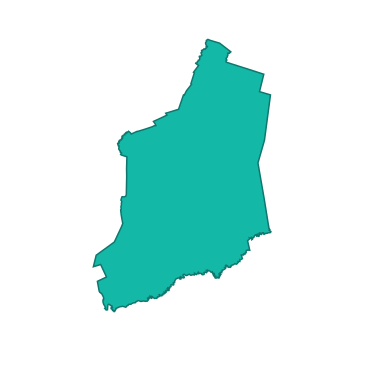 Tormac, Timis, Romania (Mercator projection), rotated 118°
{"feature_id": "2599482B36761723771512", "entity_name": "Tormac", "entity_type": "district", "adm_level": 2, "iso_a3": "ROU", "parent_name": "Romania", "parent_adm1": "Timis", "projection": "mercator", "projection_center": [21.482, 45.522], "detail": "fine", "context": "isolated", "style": "filled", "palette": "teal", "viewbox_px": 384, "rotation_deg": 118, "n_neighbors": 0, "source": "geoboundaries", "source_scale": "gbopen_adm2", "svg_char_len": 6098}
<svg xmlns="http://www.w3.org/2000/svg" viewBox="0 0 384 384"><g transform="rotate(118 192 192)"><path d="M304.3,244.0L298.9,238.6L307.2,227.6L315.3,233.6L322.8,227.7L323.6,226.8L323.9,226.1L323.8,225.5L324.2,224.7L324.1,224.1L326.3,220.9L327.6,219.9L328.6,220.0L328.8,219.5L329.4,219.7L330.2,219.4L331.3,218.6L332.6,217.3L334.1,214.8L334.8,214.2L335.7,214.4L335.7,214.0L336.4,213.1L336.3,212.0L335.7,211.3L334.5,211.8L334.3,212.3L333.6,212.2L331.6,213.2L330.5,213.1L330.1,212.7L330.2,212.3L330.0,211.6L330.4,211.1L330.3,210.0L330.4,209.7L330.2,209.3L330.4,209.0L331.4,209.1L331.2,208.4L331.3,208.1L332.6,208.8L333.0,208.7L333.1,208.4L332.9,207.6L333.0,207.2L333.3,207.1L333.2,206.7L333.9,206.4L333.5,205.5L334.2,204.8L334.0,204.4L333.8,204.2L333.0,204.3L331.6,204.1L330.6,204.6L330.1,203.9L329.0,203.5L328.6,202.8L327.4,202.1L326.2,200.4L325.7,200.0L325.0,197.8L325.0,196.8L324.3,196.1L323.0,196.0L322.2,195.2L321.3,195.4L320.9,195.1L320.6,194.4L319.5,193.0L318.7,192.7L317.2,191.5L316.5,190.2L316.0,189.9L315.3,190.0L313.3,188.6L312.9,187.9L312.7,185.8L311.0,183.7L310.4,181.8L309.2,180.1L307.3,179.8L307.2,180.1L307.2,181.0L306.6,181.4L306.3,181.1L306.0,180.0L305.8,179.8L305.3,179.8L305.0,180.4L304.4,179.7L303.6,180.1L303.7,179.3L304.6,179.0L305.0,178.4L304.9,177.8L304.3,177.6L303.7,177.7L303.4,178.5L303.0,178.5L303.0,177.9L303.5,176.6L303.5,174.8L302.8,174.2L302.6,173.4L301.5,172.9L300.6,173.3L300.2,172.2L299.7,171.9L299.0,172.0L298.2,172.9L297.9,172.7L297.8,172.4L298.1,172.1L298.5,170.9L297.7,169.9L296.5,170.3L296.3,170.1L296.4,169.5L295.2,169.7L295.2,168.9L294.5,168.5L293.5,169.5L293.3,168.9L293.4,168.1L292.9,167.8L291.9,168.9L291.4,168.9L291.5,167.9L291.1,167.6L290.2,167.7L289.4,168.3L289.3,167.7L290.0,166.5L289.9,166.2L289.5,166.1L288.4,166.7L288.1,168.4L287.9,168.5L287.6,168.3L287.7,167.2L287.4,166.6L286.2,167.0L285.7,166.2L285.4,166.1L284.1,167.0L283.3,166.3L283.0,165.0L282.5,164.6L281.6,164.9L281.3,165.9L281.1,166.0L279.8,164.9L279.3,165.1L278.9,165.6L276.2,165.3L274.3,163.8L274.0,163.1L274.5,161.9L274.1,161.0L273.6,161.0L273.1,161.3L273.0,162.6L272.2,162.6L272.1,162.2L272.3,160.8L271.8,159.1L271.3,158.7L270.8,158.8L270.3,159.7L270.2,160.4L270.0,160.8L269.1,161.0L268.5,160.6L268.3,160.0L268.6,158.9L268.4,157.8L267.8,157.1L265.9,155.9L266.1,153.9L264.4,152.2L264.3,151.1L263.5,151.1L262.5,151.7L262.4,151.2L263.0,149.8L262.9,149.4L261.6,149.0L261.3,148.1L260.9,148.2L260.3,148.8L259.9,148.8L260.5,147.8L260.5,147.2L260.0,146.9L259.8,145.9L259.4,145.1L260.1,144.7L260.2,144.1L259.3,142.8L258.6,142.7L257.5,143.6L256.6,142.8L256.0,143.0L256.7,142.3L256.5,141.4L254.8,141.1L254.5,141.4L254.3,142.4L253.7,141.7L254.2,141.0L254.0,140.5L253.4,140.2L253.5,138.6L253.9,137.4L253.0,136.6L253.8,136.0L253.7,135.2L254.3,135.4L255.0,134.5L253.8,133.8L254.1,133.5L255.2,133.7L255.8,133.5L255.9,132.9L255.4,132.3L255.3,131.6L256.4,132.0L257.0,131.2L256.9,130.6L256.3,129.8L255.6,129.5L254.8,129.8L255.6,128.9L255.6,128.4L255.1,127.7L254.4,127.8L253.6,128.5L253.2,127.9L252.8,127.9L252.2,129.1L251.7,129.6L251.6,129.3L251.8,127.9L251.3,127.7L250.2,129.3L249.5,128.9L249.2,127.9L248.3,128.4L247.3,128.1L246.7,128.6L246.1,127.8L245.1,127.1L243.7,126.5L243.4,126.7L243.3,127.6L242.2,126.8L241.4,127.9L240.7,127.7L240.5,127.3L240.8,126.4L240.5,125.9L241.4,124.9L241.2,123.9L240.4,123.3L240.4,122.7L240.0,122.6L239.1,123.0L238.7,122.4L237.7,122.4L236.8,121.2L235.2,120.6L235.0,119.2L234.7,118.7L232.3,118.1L232.1,118.2L232.1,118.7L231.8,118.7L230.9,117.1L229.3,118.0L229.3,117.5L227.2,116.2L225.6,117.8L224.9,118.2L224.6,118.9L224.1,118.5L223.4,116.9L222.8,116.7L222.3,117.2L221.7,116.0L220.9,116.4L220.2,115.7L218.7,116.5L218.1,116.5L217.1,115.5L216.3,113.7L208.9,120.1L206.1,119.0L205.6,119.7L205.3,117.8L205.0,117.7L204.3,118.3L204.1,118.3L204.0,118.0L204.3,117.6L205.9,116.8L205.1,116.4L204.1,116.8L202.9,116.1L201.3,116.3L199.9,115.8L199.9,115.3L200.6,114.5L200.7,114.1L200.2,113.9L198.9,114.7L198.5,114.3L199.9,113.2L200.1,112.7L199.7,112.1L198.1,112.4L197.0,113.4L196.4,113.2L196.2,112.5L197.0,111.4L197.0,110.9L196.2,110.6L195.1,110.9L194.4,109.8L194.7,109.2L195.4,109.1L195.6,108.5L194.0,107.6L193.3,106.4L192.1,105.4L191.2,103.9L190.3,103.6L189.8,103.8L189.6,105.8L188.5,105.7L188.1,106.8L187.2,107.5L187.3,107.5L163.8,125.3L135.4,147.4L112.3,152.3L69.4,168.3L71.7,179.5L54.3,183.9L61.3,222.7L59.8,223.8L59.1,223.2L58.1,224.6L55.9,224.2L55.2,224.7L54.5,224.5L52.8,225.6L52.4,225.3L52.4,224.7L51.5,224.3L51.6,224.0L51.0,224.0L50.3,223.5L50.0,223.5L47.6,237.5L49.5,246.9L49.8,249.6L51.4,250.5L52.0,249.9L53.6,250.1L54.7,249.6L56.3,247.7L56.2,246.8L56.5,246.6L57.0,246.8L57.3,247.6L58.4,247.0L59.1,247.5L59.9,247.5L60.0,248.6L60.7,248.6L62.5,250.0L62.9,249.8L63.5,248.9L63.9,248.9L64.6,249.4L65.0,249.3L66.7,247.5L67.4,247.9L68.2,248.0L68.3,248.8L68.8,249.2L69.3,249.0L69.9,248.1L71.8,247.4L72.7,248.3L73.6,248.1L74.5,248.5L75.4,248.1L76.0,248.5L76.2,249.1L76.7,249.1L77.2,245.6L85.6,246.9L85.7,245.9L96.9,243.8L97.1,243.0L105.2,244.4L110.2,244.3L110.3,245.1L125.3,242.7L134.8,252.2L135.9,250.2L147.8,259.2L148.9,256.9L150.3,255.1L151.5,256.7L152.9,257.6L158.6,263.0L164.4,268.8L164.3,269.0L169.4,272.9L168.7,274.0L168.2,276.5L168.8,276.5L169.6,277.6L170.2,277.2L170.5,277.7L171.2,277.7L171.6,278.0L171.3,278.4L172.2,278.5L172.6,278.8L173.2,278.3L173.6,278.9L174.3,279.4L174.9,279.3L175.2,279.8L175.5,279.7L175.3,279.4L175.6,279.2L176.2,279.7L176.7,278.9L177.6,279.4L177.8,279.0L177.6,278.6L177.9,278.6L178.9,279.1L179.2,279.0L179.5,279.5L180.2,279.4L180.9,279.7L180.6,280.3L181.4,280.4L182.2,280.2L182.4,279.7L182.9,280.0L183.3,279.5L183.6,279.7L183.8,280.3L184.2,280.4L185.6,278.9L185.5,278.5L186.0,278.4L186.0,277.8L188.4,276.9L189.4,275.3L189.4,274.6L189.9,274.2L190.3,274.2L190.3,273.9L190.7,273.4L190.7,272.5L192.4,272.6L192.5,271.6L191.5,266.0L202.2,260.7L208.5,257.2L225.1,248.8L226.7,248.5L228.2,249.6L228.9,251.4L229.2,251.6L232.0,251.1L232.6,250.9L233.0,250.0L233.7,249.4L235.1,249.1L236.4,248.3L238.5,247.8L240.0,246.6L241.3,246.6L245.8,243.5L252.4,238.3L256.5,237.9L272.6,237.1L292.8,246.9L304.3,244.0Z" fill="#14b8a6" stroke="#0f766e" stroke-width="1.5"/></g></svg>